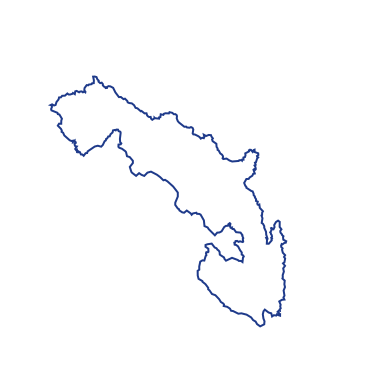 outline of Dien Bien, Điện Biên, Vietnam, rotated 147°
{"feature_id": "81297802B1284717956892", "entity_name": "Dien Bien", "entity_type": "district", "adm_level": 2, "iso_a3": "VNM", "parent_name": "Vietnam", "parent_adm1": "Điện Biên", "projection": "equal_earth", "projection_center": [103.057, 21.255], "detail": "fine", "context": "isolated", "style": "outline", "palette": "blue", "viewbox_px": 384, "rotation_deg": 147, "n_neighbors": 0, "source": "geoboundaries", "source_scale": "gbopen_adm2", "svg_char_len": 6079}
<svg xmlns="http://www.w3.org/2000/svg" viewBox="0 0 384 384"><g transform="rotate(147 192 192)"><path d="M208.0,42.2L203.5,41.7L201.6,44.1L201.0,47.0L199.2,50.9L197.0,53.0L195.0,53.7L193.4,49.2L191.6,47.1L192.6,44.0L190.5,44.1L188.6,42.5L187.1,43.3L186.8,41.9L185.5,40.3L184.7,41.5L185.4,41.8L184.9,43.6L185.3,44.9L183.4,45.3L182.9,44.6L182.3,45.8L181.0,46.1L180.2,48.2L179.1,49.1L178.4,52.7L175.2,52.6L173.1,51.5L172.7,53.8L170.9,54.7L168.8,59.5L165.8,61.6L164.8,64.3L162.5,67.2L163.3,70.2L162.3,71.0L161.2,72.9L158.3,75.2L157.1,78.3L154.2,79.4L154.5,82.6L152.8,82.7L150.1,85.5L150.2,87.4L148.3,88.3L148.9,91.6L147.9,94.6L146.7,95.4L147.1,97.2L146.5,98.5L145.1,99.5L144.7,98.8L142.1,99.0L141.0,98.4L139.8,99.4L141.4,102.3L140.2,104.6L139.4,105.1L139.9,106.8L139.6,107.4L139.9,109.2L139.7,110.5L139.0,111.4L137.3,112.0L137.5,115.0L134.7,119.2L135.4,121.1L137.9,121.1L141.1,119.5L141.9,117.6L143.9,116.4L144.9,118.5L145.4,118.6L145.9,116.8L148.4,115.5L148.2,114.6L148.7,113.7L148.6,112.4L149.3,110.8L150.4,110.5L150.3,109.3L151.0,109.2L151.5,108.0L155.8,106.8L157.4,107.9L155.1,111.1L154.8,112.8L154.0,112.1L153.0,115.8L151.6,118.3L150.9,122.7L150.0,124.0L149.8,126.6L150.4,128.1L147.2,131.6L146.5,134.5L145.8,134.5L144.4,136.5L143.0,137.2L143.8,141.7L142.4,144.7L143.1,144.7L143.8,145.7L143.5,146.8L142.1,148.1L143.2,149.7L142.2,151.0L142.2,153.2L141.7,154.0L142.0,155.8L141.3,156.9L140.8,159.5L141.7,160.5L144.1,166.0L143.6,166.9L143.9,168.2L143.3,171.2L139.3,173.3L137.4,172.1L135.7,172.8L132.5,172.8L130.8,173.9L129.3,173.3L128.3,177.2L127.3,177.3L126.7,176.2L126.0,176.5L125.2,178.4L125.1,180.2L123.8,180.1L123.2,182.3L122.2,182.1L119.3,184.5L117.7,185.0L118.2,185.9L117.9,186.8L116.2,186.9L115.4,188.4L117.7,191.4L116.5,193.4L117.5,193.6L119.3,192.6L119.6,195.2L120.4,195.9L121.3,195.4L121.7,195.8L122.3,195.0L126.3,195.4L127.1,193.7L128.5,192.5L130.1,192.9L131.2,191.1L132.3,191.8L133.0,191.1L133.2,191.8L135.1,192.9L135.9,192.6L141.7,195.7L143.4,198.0L144.8,201.2L147.8,202.6L148.0,203.6L146.9,204.4L146.5,205.4L146.5,207.0L147.3,209.0L147.0,212.2L147.6,213.4L146.8,214.6L146.8,216.5L145.3,219.2L147.0,223.4L146.5,225.2L145.3,225.6L145.5,228.0L145.1,229.3L146.8,230.7L149.7,231.3L150.9,233.6L151.8,231.3L152.8,230.7L153.9,231.9L155.6,232.0L155.7,233.9L156.5,235.7L158.3,238.7L159.5,239.6L159.5,240.8L156.9,243.7L156.6,245.5L157.5,247.0L159.0,247.2L161.1,248.9L161.3,250.0L162.9,250.9L165.1,257.5L165.3,259.3L164.7,262.1L163.3,263.8L163.0,264.8L163.5,266.3L164.9,267.2L165.4,269.1L167.4,271.2L168.6,270.5L171.4,272.5L173.0,272.9L174.0,272.3L175.9,274.2L177.8,272.0L179.0,272.5L179.7,271.5L182.8,274.0L183.0,274.8L183.4,274.2L186.0,274.2L186.4,275.8L185.8,277.5L187.1,278.2L187.8,279.6L187.9,280.8L187.3,282.8L189.0,283.8L190.2,287.5L191.0,287.6L192.2,291.9L193.5,293.3L193.3,296.3L194.2,299.1L196.2,300.8L197.1,302.2L196.7,303.6L197.4,306.8L198.9,307.2L199.9,310.4L201.6,311.4L202.0,317.3L201.4,322.3L202.9,325.0L204.3,326.2L206.0,326.4L206.6,325.6L207.8,326.2L207.7,327.3L208.4,328.3L208.7,330.0L208.0,331.0L208.2,332.9L209.7,333.3L210.3,335.5L209.6,336.2L210.0,338.0L209.5,340.4L210.7,341.8L212.1,342.6L213.4,339.2L215.1,336.8L216.6,337.6L217.5,337.1L220.1,338.3L220.9,338.0L222.1,339.0L225.5,337.7L226.9,336.0L226.8,334.1L227.2,333.7L227.7,334.9L229.2,335.0L229.7,336.4L231.2,337.2L232.4,337.1L233.7,339.6L235.1,340.0L237.0,337.9L237.9,339.9L238.9,339.5L241.3,340.2L242.4,341.0L242.9,342.5L246.1,342.0L248.5,343.4L250.4,342.8L252.0,343.7L253.5,342.3L256.6,341.3L259.0,339.3L260.6,339.7L261.6,341.7L263.2,341.9L262.6,341.2L263.1,339.6L265.0,338.3L265.4,337.0L261.7,331.7L262.1,330.4L261.0,329.2L261.2,324.3L262.8,323.0L264.5,320.5L266.3,321.7L268.4,320.7L267.5,316.3L267.7,314.5L268.6,313.5L267.8,311.9L268.3,309.0L266.4,302.0L265.3,300.4L263.8,299.8L264.6,298.8L262.5,299.0L262.9,298.4L262.4,297.1L262.7,296.5L264.2,296.6L264.9,294.8L264.9,293.9L263.8,292.9L266.5,291.7L266.4,290.2L265.5,290.1L266.5,288.4L265.2,288.2L265.0,287.7L265.6,287.2L264.3,286.4L264.7,284.0L263.5,283.1L263.1,281.4L260.1,282.5L258.7,281.8L257.4,282.9L248.8,283.1L245.8,282.1L243.5,279.5L241.2,280.0L237.6,282.2L236.2,282.2L235.1,283.3L234.0,283.1L232.0,284.2L230.7,283.5L228.9,284.8L226.2,285.2L224.7,286.7L222.8,286.0L222.4,285.2L221.4,285.5L220.1,284.6L220.4,283.0L219.3,281.6L219.6,280.5L223.6,275.7L225.1,272.9L224.8,271.3L225.8,270.8L227.8,271.8L229.1,270.0L228.9,268.7L227.2,266.5L225.7,262.5L225.6,261.4L227.0,257.4L225.2,255.2L224.6,250.4L225.8,248.5L230.5,246.9L231.9,241.9L231.8,240.8L230.1,236.0L226.1,236.6L225.0,233.9L223.3,231.5L218.8,232.5L215.3,231.4L212.0,225.6L210.6,221.8L209.6,217.4L208.0,216.9L206.8,214.3L204.8,206.8L204.2,199.3L206.4,195.9L211.8,192.2L213.1,190.3L212.9,185.8L212.3,184.8L212.6,183.4L211.3,180.3L209.9,178.9L206.5,179.3L204.7,174.7L204.7,173.1L202.8,173.5L199.6,172.2L199.7,171.0L197.8,169.6L197.1,168.3L197.5,161.7L200.1,156.6L198.2,153.8L198.2,151.7L196.4,143.2L193.0,144.2L191.0,143.1L188.6,142.9L184.0,145.1L182.0,145.1L180.2,144.1L179.0,145.2L177.3,145.3L177.1,144.4L178.8,142.6L179.1,141.0L177.9,140.5L178.4,140.0L178.2,138.9L177.1,138.3L176.9,134.3L173.4,131.5L173.2,128.3L173.7,128.0L174.1,125.4L174.9,125.1L176.1,122.5L176.7,122.4L178.6,124.5L180.1,124.8L180.8,126.4L182.2,127.1L183.3,126.1L184.1,126.4L184.9,124.6L183.8,123.5L183.0,121.3L183.4,116.9L183.2,114.2L184.4,112.5L183.6,110.8L183.8,109.6L184.8,109.4L187.8,105.8L188.4,107.4L190.3,108.8L190.6,110.0L194.3,115.0L200.9,115.9L201.2,118.2L200.8,119.7L202.8,124.3L201.5,126.8L201.5,128.2L202.1,129.9L202.1,131.5L203.2,133.1L203.6,138.0L207.6,139.8L209.5,140.2L210.5,138.7L209.2,135.6L210.8,132.9L211.5,132.8L212.7,133.7L213.6,133.1L214.4,131.1L215.4,130.9L219.0,127.8L220.5,129.0L223.0,129.1L226.5,125.6L228.2,122.9L230.2,122.8L232.7,118.8L233.8,115.6L231.8,111.7L232.1,111.0L230.9,107.4L230.6,102.8L231.4,101.6L230.9,99.9L230.8,95.6L228.6,92.7L227.6,87.3L227.7,84.1L226.5,81.4L226.4,80.2L227.5,79.1L225.0,76.5L223.7,73.5L223.9,71.1L222.4,69.8L219.4,64.7L216.6,63.3L213.0,59.4L210.7,54.6L210.5,51.3L209.2,48.7L209.4,45.8L208.0,42.2Z" fill="none" stroke="#1e3a8a" stroke-width="2"/></g></svg>